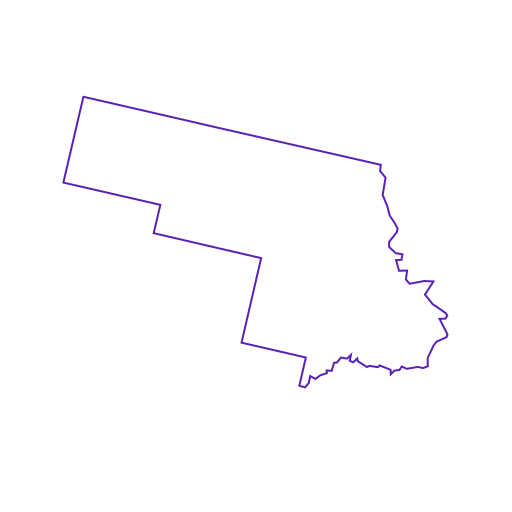 outline of Morton, North Dakota, United States of America, rotated 13°
{"feature_id": "52423323B52264110855151", "entity_name": "Morton", "entity_type": "district", "adm_level": 2, "iso_a3": "USA", "parent_name": "United States of America", "parent_adm1": "North Dakota", "projection": "natural_earth1", "projection_center": [-100.923, 46.634], "detail": "fine", "context": "isolated", "style": "outline", "palette": "violet", "viewbox_px": 512, "rotation_deg": 13, "n_neighbors": 0, "source": "geoboundaries", "source_scale": "gbopen_adm2", "svg_char_len": 1061}
<svg xmlns="http://www.w3.org/2000/svg" viewBox="0 0 512 512"><g transform="rotate(13 256 256)"><path d="M51.8,227.8L151.3,227.7L151.2,256.8L261.5,256.9L261.4,343.7L327.4,343.7L327.4,372.7L333.4,372.9L336.0,367.7L335.8,360.8L341.5,362.4L345.6,357.7L351.4,354.2L350.6,351.6L355.6,350.9L356.1,342.5L358.9,341.5L361.6,335.8L367.8,335.5L370.7,331.1L371.0,337.1L374.6,337.7L377.7,333.1L378.8,335.6L389.0,339.2L391.5,337.5L399.8,336.9L401.0,334.8L412.8,336.6L413.9,340.9L416.7,336.5L421.4,334.8L422.9,330.9L428.3,332.0L438.6,327.7L444.0,327.6L448.2,324.8L446.2,316.9L449.2,303.1L451.2,298.8L459.9,292.2L460.2,289.3L449.0,276.0L454.7,274.4L455.8,271.2L454.0,269.1L438.9,263.1L429.3,255.6L434.6,240.9L425.6,242.5L411.9,248.5L407.3,245.1L406.5,236.2L398.7,238.2L393.4,228.5L398.6,227.0L398.3,221.4L391.4,221.8L383.7,217.2L382.5,212.3L387.7,201.4L387.9,197.6L383.9,192.9L377.5,186.8L376.7,185.7L373.0,178.4L365.7,168.0L364.6,150.5L357.8,145.3L357.1,139.1L189.1,139.6L139.4,139.6L52.1,139.7L52.0,139.9L51.8,227.8Z" fill="none" stroke="#5b21b6" stroke-width="2"/></g></svg>